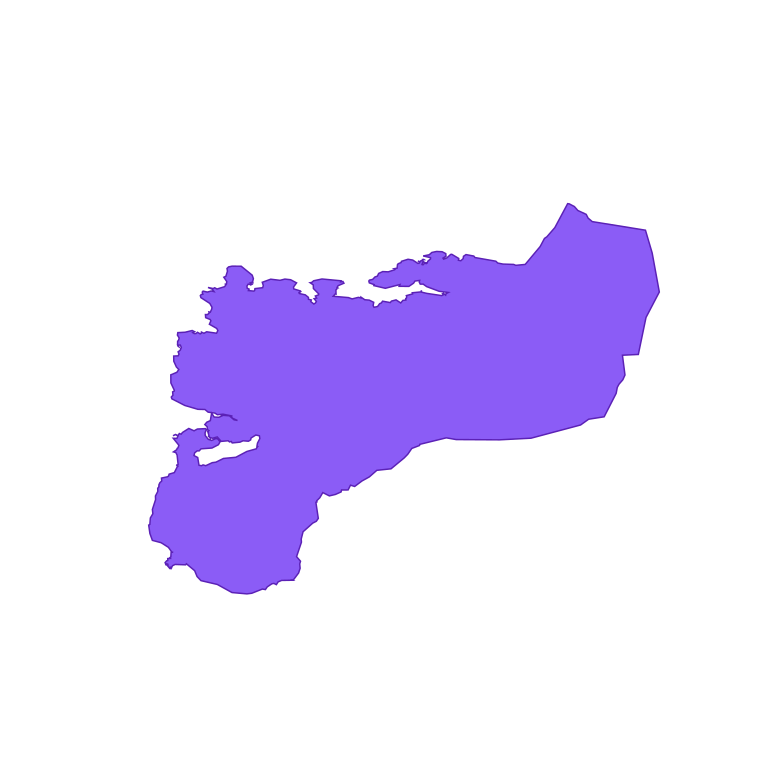 Rissa nor, Sør-Trøndelag, Norway (orthographic projection), rotated 33°
{"feature_id": "86288312B80275455305326", "entity_name": "Rissa nor", "entity_type": "district", "adm_level": 2, "iso_a3": "NOR", "parent_name": "Norway", "parent_adm1": "Sør-Trøndelag", "projection": "orthographic", "projection_center": [10.01, 63.676], "detail": "fine", "context": "isolated", "style": "filled", "palette": "violet", "viewbox_px": 768, "rotation_deg": 33, "n_neighbors": 0, "source": "geoboundaries", "source_scale": "gbopen_adm2", "svg_char_len": 6170}
<svg xmlns="http://www.w3.org/2000/svg" viewBox="0 0 768 768"><g transform="rotate(33 384 384)"><path d="M586.5,291.6L583.8,265.4L581.5,259.8L581.2,256.2L582.0,250.3L581.2,245.2L568.3,230.0L581.2,220.7L567.5,185.5L564.8,156.9L537.6,128.1L519.5,112.6L470.2,134.4L464.8,133.7L461.2,131.6L452.0,132.9L447.1,131.5L441.3,132.0L439.8,132.7L442.1,159.8L440.4,171.9L439.3,174.5L440.1,183.6L437.3,206.8L429.9,212.7L427.6,213.1L418.5,218.6L413.5,220.6L410.9,220.1L391.4,228.4L389.6,227.8L382.3,230.8L381.1,233.6L382.1,235.7L381.3,238.8L379.0,239.7L378.3,238.0L370.2,238.3L369.3,239.1L368.0,244.1L366.0,246.8L364.9,246.3L366.4,243.1L364.8,241.0L360.7,241.4L355.9,244.2L352.5,247.6L351.5,251.0L347.1,255.3L354.2,252.7L354.9,253.8L353.9,257.1L354.2,258.9L353.8,259.1L354.2,259.2L353.8,260.1L352.3,260.3L351.8,262.8L350.8,263.1L350.3,261.1L351.0,259.9L349.0,259.7L348.7,258.8L349.9,257.9L349.4,257.9L348.4,258.7L348.9,259.7L347.8,260.6L347.7,261.8L345.4,262.4L347.7,262.3L347.8,263.3L346.8,264.4L340.6,264.4L336.2,266.3L331.8,271.6L332.2,272.8L330.4,275.4L330.3,276.6L331.9,279.7L329.9,281.6L330.9,281.4L330.7,282.4L326.5,287.6L321.7,290.4L319.3,294.2L319.7,297.1L318.1,299.2L317.5,302.5L315.2,304.8L315.2,305.9L316.6,307.2L321.7,306.0L321.9,307.0L333.0,303.0L343.2,291.9L343.5,293.8L351.7,288.6L353.9,283.3L353.9,280.8L357.5,277.7L358.0,279.3L360.0,280.5L362.5,278.9L366.7,279.1L379.8,276.2L388.1,272.2L386.8,274.5L387.3,275.9L384.4,275.6L384.0,276.4L385.4,276.4L384.3,278.4L370.5,284.7L365.5,286.5L364.3,285.1L365.0,286.5L358.0,292.1L358.9,292.9L354.6,297.7L355.5,298.4L356.0,299.8L355.7,300.6L356.6,301.7L354.3,303.6L353.9,306.9L348.3,306.9L345.1,310.4L344.9,312.3L337.7,315.3L337.6,317.5L336.6,319.0L336.4,322.5L333.9,325.1L332.2,324.2L330.9,321.1L325.9,321.7L322.0,323.8L317.5,323.7L318.0,324.3L315.3,325.3L310.9,330.0L307.1,330.9L293.6,338.1L294.1,334.9L294.8,334.7L292.5,331.4L292.7,329.9L292.2,328.9L292.8,328.5L292.0,328.3L292.0,326.5L295.5,321.3L293.7,320.4L292.0,321.9L291.8,320.8L274.8,329.7L268.8,335.7L268.0,338.3L266.9,339.3L270.7,339.4L272.8,342.4L280.2,344.0L280.5,344.9L278.5,347.6L280.7,348.7L278.9,350.5L282.3,351.6L282.4,353.4L281.6,355.1L277.7,354.8L277.3,353.1L274.5,354.1L273.4,352.5L269.4,352.1L263.8,354.2L263.0,353.8L263.9,351.8L263.2,351.5L256.5,353.4L255.3,351.9L255.6,346.8L248.9,347.4L243.7,350.0L240.3,353.7L231.9,357.8L226.5,365.0L229.1,367.1L229.8,369.3L223.8,374.3L224.6,376.1L224.2,377.0L219.4,379.5L219.2,377.9L217.1,378.2L215.7,376.5L215.7,374.2L218.3,373.2L217.9,374.1L219.0,372.3L216.7,372.1L218.2,370.1L219.5,371.1L218.1,369.7L217.1,366.8L214.2,364.5L200.1,363.0L192.4,367.9L189.9,370.4L189.4,372.6L191.3,374.7L192.7,379.8L191.5,381.7L196.3,383.7L197.3,385.7L196.8,386.4L197.4,386.3L197.3,389.2L192.2,395.3L189.6,395.5L188.7,397.0L183.8,398.9L188.2,398.0L191.1,399.1L188.4,400.1L185.8,403.1L181.7,404.6L181.5,405.9L183.2,407.4L182.0,408.5L181.8,409.9L183.4,411.3L194.0,411.3L197.9,413.3L198.7,414.9L199.2,418.4L197.9,418.9L198.7,419.6L198.2,421.9L196.4,423.0L198.3,425.5L203.1,424.6L204.4,425.3L205.0,429.0L213.4,428.5L215.5,429.6L215.9,432.6L206.8,436.8L205.4,439.5L202.6,439.9L203.1,441.1L202.5,442.1L199.4,442.2L198.8,444.1L197.4,445.1L195.6,445.1L196.6,443.3L194.0,443.6L189.0,448.9L183.1,453.2L184.1,455.5L187.2,457.0L187.9,459.6L187.6,460.5L189.6,463.7L190.8,464.5L191.5,464.5L189.9,463.6L192.0,462.3L194.1,463.7L194.7,466.6L193.8,469.2L195.8,470.6L196.0,472.5L192.4,475.1L195.3,479.4L200.6,482.8L204.0,483.6L203.9,487.0L200.2,492.4L204.7,499.2L211.6,503.5L211.9,504.2L211.0,505.7L213.1,508.4L212.7,510.8L214.2,512.0L228.6,510.5L241.7,506.6L247.7,502.9L251.8,503.4L258.0,500.5L261.0,500.5L265.4,497.0L274.4,493.4L272.6,494.2L275.6,495.2L281.0,494.4L277.7,495.7L271.6,494.9L264.7,498.7L265.6,498.8L263.7,501.8L259.6,504.2L255.3,502.4L258.3,509.3L256.2,512.5L255.8,515.6L258.9,516.1L260.8,518.3L262.5,518.5L262.2,519.1L263.7,521.0L261.3,519.2L265.3,522.6L265.2,524.0L265.6,523.2L267.6,524.0L267.3,523.6L269.7,522.9L273.0,519.2L278.7,520.8L284.2,516.5L286.0,516.7L287.2,515.4L288.8,516.1L294.9,511.2L296.7,508.4L301.5,505.8L302.6,503.5L301.9,501.7L304.3,496.6L307.7,495.3L309.6,497.4L310.1,502.5L311.1,504.9L312.1,505.2L311.3,506.4L312.6,505.7L311.9,506.2L312.2,507.9L305.7,515.3L299.7,526.1L289.9,533.9L285.6,541.1L282.8,543.5L279.0,549.6L276.3,550.4L275.5,551.9L273.1,552.9L267.8,547.1L263.6,547.5L262.7,544.8L263.8,541.7L265.4,540.8L265.9,538.0L274.6,531.4L278.2,525.1L278.0,521.8L274.4,520.6L272.7,521.3L270.2,525.2L266.8,526.1L262.2,524.6L260.5,522.4L259.9,519.1L258.5,518.7L252.0,523.4L250.2,526.7L244.5,527.6L241.4,534.4L241.2,536.6L239.3,537.0L239.3,539.4L236.6,539.9L235.2,542.3L236.7,540.0L239.6,539.8L239.9,542.4L236.8,544.3L245.3,547.1L246.0,549.7L245.6,550.6L245.9,552.1L244.4,555.6L246.8,554.9L249.2,556.3L255.2,563.7L255.3,564.2L254.4,564.6L254.4,565.0L255.7,565.5L255.0,566.0L255.7,565.8L256.4,572.5L252.9,576.6L253.4,578.7L253.0,579.7L248.6,584.1L250.4,586.4L249.8,588.9L250.1,591.0L251.2,593.0L251.0,594.7L252.8,597.3L253.3,602.4L255.4,605.4L258.1,615.4L260.8,618.7L261.0,623.6L264.1,629.3L263.5,630.5L269.1,636.9L274.9,641.3L283.5,638.5L292.1,638.4L297.5,640.5L298.9,640.0L297.0,640.9L299.4,645.1L298.9,646.5L299.7,646.7L297.7,648.2L298.8,649.8L298.0,650.7L297.7,652.9L299.5,654.4L300.2,654.4L298.7,653.6L300.7,652.8L301.5,653.5L301.0,654.2L304.9,655.4L306.7,654.4L304.9,655.3L304.3,654.3L305.5,653.3L306.2,654.1L305.6,652.9L305.7,651.4L307.1,649.1L316.1,643.7L316.2,642.4L326.9,643.7L332.1,647.3L337.6,648.6L353.4,642.9L370.1,641.7L383.3,634.7L387.1,631.5L393.7,622.2L396.5,621.0L396.6,617.7L398.8,612.6L400.3,611.2L403.0,610.9L403.0,607.6L405.1,604.5L414.6,598.1L414.0,598.1L414.7,597.6L415.3,589.0L414.0,584.2L411.3,580.8L410.5,578.1L404.7,576.4L400.9,561.6L399.0,559.1L396.6,552.0L400.0,539.5L402.0,536.0L402.1,532.5L391.3,520.3L392.0,519.4L391.2,518.5L392.1,514.4L391.8,508.4L399.1,507.6L403.4,503.1L406.8,497.9L406.1,496.0L411.6,492.4L411.0,487.1L415.2,485.9L418.4,477.2L422.3,469.9L425.0,460.3L436.1,451.3L441.2,435.0L442.2,430.0L442.4,422.9L447.3,416.2L446.8,415.2L465.6,395.2L474.8,391.3L511.3,367.9L536.8,349.4L571.2,311.3L574.8,302.1L586.5,291.6Z" fill="#8b5cf6" stroke="#5b21b6" stroke-width="1.5"/></g></svg>